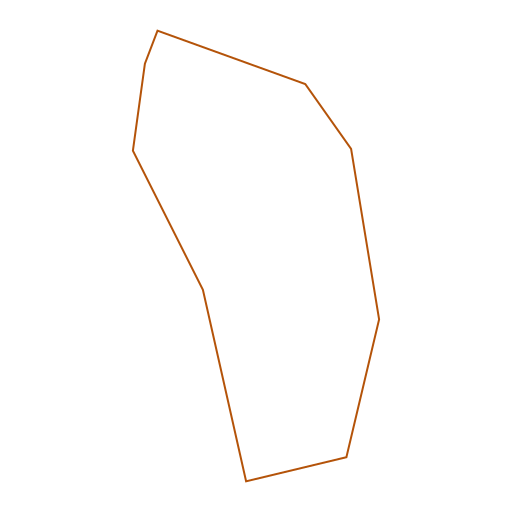 the border of Dominica
{"feature_id": "DMA", "entity_name": "Dominica", "entity_type": "country or territory", "adm_level": 0, "iso_a3": "DMA", "parent_name": "North America", "parent_adm1": "", "projection": "mercator", "projection_center": [-61.361, 15.43], "detail": "fine", "context": "isolated", "style": "outline", "palette": "amber", "viewbox_px": 512, "rotation_deg": 0, "n_neighbors": 0, "source": "natural_earth", "source_scale": "50m", "svg_char_len": 244}
<svg xmlns="http://www.w3.org/2000/svg" viewBox="0 0 512 512"><path d="M346.4,457.2L246.1,481.3L202.9,289.8L132.9,150.7L144.9,63.7L157.5,30.7L305.3,84.1L351.1,148.9L379.1,319.4L346.4,457.2Z" fill="none" stroke="#b45309" stroke-width="2"/></svg>